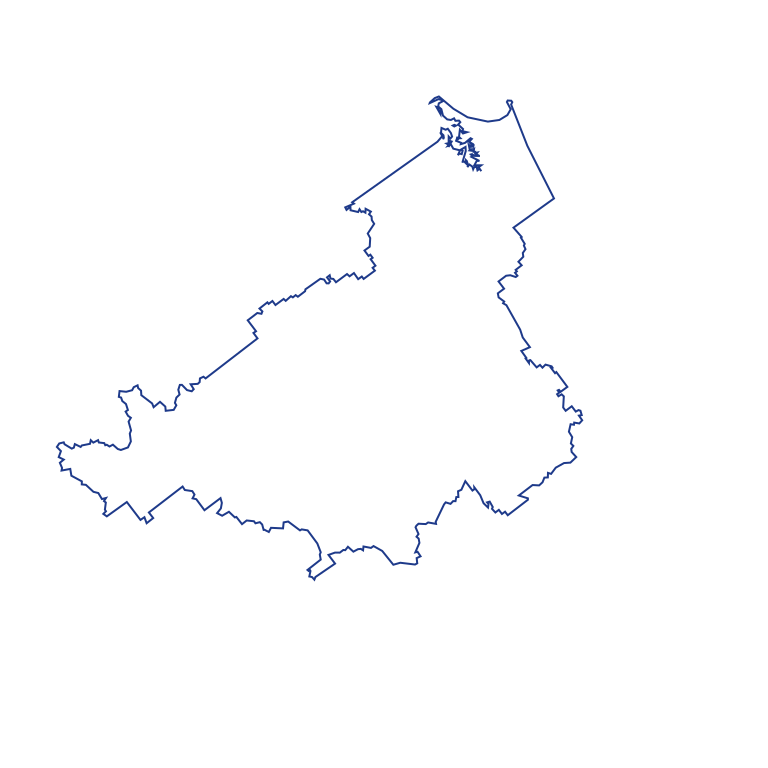 Gympie, Queensland, Australia, rotated 315°
{"feature_id": "25037944B82919316631597", "entity_name": "Gympie", "entity_type": "district", "adm_level": 2, "iso_a3": "AUS", "parent_name": "Australia", "parent_adm1": "Queensland", "projection": "orthographic", "projection_center": [152.893, -26.177], "detail": "fine", "context": "isolated", "style": "outline", "palette": "blue", "viewbox_px": 768, "rotation_deg": 315, "n_neighbors": 0, "source": "geoboundaries", "source_scale": "gbopen_adm2", "svg_char_len": 6147}
<svg xmlns="http://www.w3.org/2000/svg" viewBox="0 0 768 768"><g transform="rotate(315 384 384)"><path d="M192.0,202.0L187.4,205.6L188.5,207.7L186.9,211.0L187.4,215.7L184.5,221.3L181.8,220.8L180.5,225.5L181.1,228.9L176.8,230.0L172.3,238.0L169.2,239.3L164.4,245.6L158.1,247.8L151.3,244.6L149.8,241.7L149.4,235.2L145.7,234.1L145.0,230.9L143.6,230.2L144.4,228.0L141.0,223.7L142.1,221.5L137.0,219.9L136.9,216.4L133.8,218.4L126.9,213.8L125.0,214.0L122.9,207.9L119.7,209.7L117.5,208.9L115.5,200.7L116.3,198.8L112.3,196.4L108.2,197.2L108.1,203.0L102.3,205.7L104.1,211.0L99.1,210.5L97.0,215.7L94.8,217.2L102.1,222.2L98.1,227.8L101.5,239.2L99.3,241.3L101.9,244.5L102.3,254.8L104.9,259.1L103.2,265.9L106.8,268.0L103.2,268.8L103.5,271.1L97.8,275.5L97.4,277.4L93.7,277.4L94.4,281.6L118.7,285.6L115.7,307.9L120.4,308.8L117.7,314.6L126.0,315.6L126.9,308.6L169.1,314.1L168.2,318.1L172.7,324.2L171.8,328.2L167.8,329.5L169.8,332.7L167.8,346.3L187.7,349.1L185.3,353.4L180.7,356.6L174.7,357.3L176.4,362.7L184.0,364.7L184.2,372.9L185.6,373.6L184.5,382.7L190.4,383.4L195.0,389.1L194.6,391.6L198.5,393.9L198.5,397.2L195.3,402.8L196.2,401.9L197.9,407.2L202.4,405.8L210.5,414.7L215.2,410.9L219.0,413.5L221.1,428.1L223.0,428.6L226.5,433.5L224.1,449.6L220.3,458.2L218.0,459.2L215.1,463.4L198.4,461.4L198.5,462.8L200.2,462.7L199.8,464.2L195.1,467.3L196.6,469.6L196.4,473.1L199.0,472.0L222.4,476.4L223.9,465.6L230.2,468.6L233.5,472.0L237.9,472.6L239.1,474.1L243.4,473.6L243.8,480.9L248.8,482.4L251.0,484.2L251.6,486.8L254.6,484.4L258.9,490.7L262.0,491.2L264.7,500.8L262.8,518.4L269.1,521.9L278.3,533.6L280.7,534.3L284.0,530.2L288.0,531.7L289.1,526.4L287.1,525.2L296.7,521.4L299.2,517.8L299.0,515.0L302.3,514.5L305.0,507.6L306.7,507.1L309.6,507.2L314.5,512.6L317.3,513.1L321.9,519.7L323.1,518.0L341.3,511.6L343.9,511.3L346.3,515.8L350.1,515.7L351.7,517.4L355.2,515.1L356.7,516.5L360.5,512.2L363.9,513.5L372.8,510.2L371.2,521.9L373.6,522.3L374.8,520.9L373.4,530.7L370.1,538.7L370.2,544.9L373.0,542.8L373.2,540.6L375.6,541.9L373.9,547.9L372.1,548.6L371.9,553.6L376.2,554.2L375.5,559.3L379.3,559.9L378.7,564.3L403.9,567.6L404.9,566.6L400.5,558.2L417.6,560.5L422.0,565.4L426.6,565.6L431.2,563.6L433.8,565.9L437.1,562.8L438.6,565.7L446.3,564.6L455.4,567.2L460.2,571.4L468.3,571.6L468.6,564.8L470.5,562.3L474.1,561.7L474.1,558.2L479.5,554.7L481.0,548.5L487.5,544.4L489.5,547.1L491.2,545.8L494.2,550.0L498.5,549.8L499.5,544.2L501.8,545.8L504.0,541.8L503.1,540.0L500.1,539.1L501.0,532.5L493.5,531.4L494.1,527.3L502.4,519.9L502.3,516.9L498.7,516.0L499.2,513.6L501.9,514.0L502.3,511.4L503.6,511.9L503.4,514.4L511.6,515.7L514.3,497.4L512.6,497.3L513.5,490.6L514.7,491.5L515.0,490.0L511.9,484.5L507.6,484.5L507.8,480.8L503.7,480.2L504.4,470.6L503.6,470.0L503.1,470.0L501.3,471.7L502.2,466.0L503.1,466.2L504.5,457.7L513.2,461.1L515.0,449.2L518.7,441.9L526.3,414.8L525.3,411.1L527.3,410.7L526.3,403.8L528.6,400.4L536.3,401.5L537.5,392.5L546.9,393.8L550.2,396.4L552.8,401.5L554.9,401.8L555.3,398.0L557.6,398.3L557.8,396.4L565.3,397.4L565.5,392.6L572.5,392.5L574.8,389.5L579.4,388.7L580.8,385.0L582.6,384.4L584.3,377.3L585.3,377.4L586.1,365.0L635.4,373.0L653.8,316.9L671.5,276.3L674.0,275.4L674.3,273.7L671.9,271.0L670.3,271.5L667.9,279.3L661.4,281.1L652.3,278.9L643.0,271.9L631.7,254.5L627.7,238.4L626.1,219.5L622.0,217.7L616.0,217.4L615.5,217.4L614.9,217.7L624.0,221.1L625.7,224.1L625.4,225.6L621.2,224.3L618.6,226.0L618.9,230.2L615.5,235.9L615.8,241.6L618.0,244.6L621.4,245.7L620.6,248.4L623.3,250.8L623.1,252.8L619.9,253.0L620.2,259.6L618.2,260.6L620.7,264.6L617.0,262.7L617.4,257.9L611.8,262.3L611.8,264.2L609.9,262.6L608.7,263.8L610.7,261.0L607.4,263.1L606.6,262.3L609.1,268.0L607.9,268.7L611.8,270.8L619.0,271.4L619.4,272.8L615.4,272.9L616.7,277.8L615.3,276.3L615.3,278.2L616.3,278.2L616.4,278.3L616.2,278.6L616.4,278.5L616.5,278.5L616.2,278.6L616.3,278.2L615.3,278.3L614.5,277.6L614.2,278.6L613.1,277.7L613.1,274.8L610.4,278.8L611.2,279.4L609.7,279.4L611.2,281.4L613.7,281.6L611.6,283.2L612.7,284.3L611.7,285.2L613.7,286.4L611.5,286.7L612.5,289.2L612.6,289.7L612.4,289.9L609.3,286.7L608.8,283.7L607.7,283.1L607.7,285.5L606.4,285.2L609.2,293.7L607.4,291.8L602.6,293.2L607.4,298.1L604.2,297.6L603.3,302.3L603.8,299.3L601.2,299.0L603.2,295.8L600.1,294.1L599.7,294.9L598.9,295.2L600.2,292.8L599.6,289.2L596.3,289.6L598.1,289.0L600.2,284.9L600.2,283.8L598.0,286.1L598.0,282.2L595.9,282.9L606.5,277.1L609.3,274.0L603.9,272.6L604.6,274.6L601.5,276.4L600.3,274.4L598.1,274.4L603.0,272.6L599.4,266.6L601.0,261.0L603.3,260.4L602.7,259.2L600.2,261.3L597.3,262.0L598.3,261.2L597.5,260.8L600.5,260.4L600.1,260.3L598.9,260.2L598.4,260.0L599.5,260.1L598.6,259.6L598.3,258.3L600.0,259.4L604.7,254.8L604.5,257.4L607.1,257.2L608.8,253.8L609.6,248.6L607.4,247.8L605.7,243.6L601.9,246.7L601.9,250.2L600.4,252.2L598.9,252.7L601.2,250.9L601.3,249.9L600.9,248.5L600.5,249.9L593.1,250.5L490.0,233.0L490.3,235.2L481.5,231.7L480.6,234.4L485.6,234.9L483.2,237.5L487.3,244.1L490.3,243.1L489.6,246.4L491.3,247.0L492.0,249.7L494.9,247.1L496.6,252.8L493.4,253.4L493.6,256.8L491.3,259.5L490.3,263.8L478.9,266.1L477.4,271.1L471.0,276.8L464.6,275.8L463.6,282.5L465.8,282.9L465.2,286.7L462.8,286.3L461.6,294.3L458.1,293.8L457.7,297.4L443.9,295.3L444.3,292.3L439.9,291.6L441.2,284.3L435.8,283.5L435.6,280.1L422.0,278.1L422.5,273.9L420.7,271.6L422.5,268.7L419.1,268.3L418.4,273.4L416.0,273.7L414.6,272.2L415.5,267.8L413.4,264.6L395.4,261.5L393.8,262.6L384.8,261.4L384.4,258.7L380.8,258.3L380.3,256.1L373.3,255.7L373.2,252.9L363.1,251.4L363.8,246.4L359.1,245.8L359.3,243.8L349.3,242.6L349.3,246.7L347.0,247.7L344.6,244.2L332.7,242.6L330.8,256.2L327.8,255.6L326.8,262.3L261.8,253.9L261.5,251.2L257.8,249.9L255.0,252.3L252.4,252.2L247.1,247.5L245.8,253.1L242.9,253.2L240.4,249.0L240.5,241.7L239.0,240.3L234.5,242.6L232.0,246.9L227.6,246.8L222.8,249.5L222.1,252.2L217.0,253.6L210.7,248.6L213.4,245.3L213.0,238.2L204.7,237.5L206.3,233.8L204.5,220.3L207.5,216.9L207.3,213.0L208.8,210.7L204.8,209.3L201.5,210.3L196.2,207.2L192.0,202.0ZM616.4,229.7L617.6,226.1L617.0,225.0L614.8,233.0L617.2,230.6L616.4,229.7ZM617.7,252.2L617.0,250.5L615.4,249.9L615.8,251.6L617.7,252.2Z" fill="none" stroke="#1e3a8a" stroke-width="2"/></g></svg>